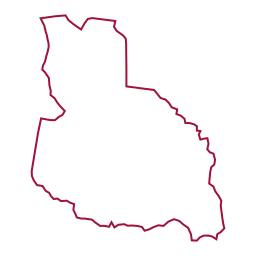 Meleiro, Santa Catarina, Brazil (Robinson projection)
{"feature_id": "56859067B77617457657504", "entity_name": "Meleiro", "entity_type": "district", "adm_level": 2, "iso_a3": "BRA", "parent_name": "Brazil", "parent_adm1": "Santa Catarina", "projection": "robinson", "projection_center": [-49.595, -28.833], "detail": "fine", "context": "isolated", "style": "outline", "palette": "rose", "viewbox_px": 256, "rotation_deg": 0, "n_neighbors": 0, "source": "geoboundaries", "source_scale": "gbopen_adm2", "svg_char_len": 1707}
<svg xmlns="http://www.w3.org/2000/svg" viewBox="0 0 256 256"><path d="M220.7,205.7L221.3,200.7L218.7,196.0L215.3,191.4L213.5,186.6L209.2,183.6L209.6,178.3L210.3,171.7L211.2,167.2L214.2,164.7L215.1,159.9L213.5,153.7L209.9,152.3L207.3,149.3L208.5,143.9L207.4,138.2L204.1,138.6L200.4,139.6L198.8,134.6L200.4,131.0L196.9,130.6L196.9,126.2L194.0,124.3L189.8,123.1L185.4,123.0L184.5,118.8L180.8,115.7L176.4,114.0L177.2,109.4L171.7,107.3L168.8,102.8L165.4,99.5L160.5,98.0L157.9,94.6L154.1,90.0L126.4,86.4L126.4,69.0L126.2,50.0L126.2,45.0L125.7,38.5L122.9,35.3L119.6,33.0L116.7,30.9L114.0,26.9L115.3,21.0L92.3,18.1L87.9,18.9L84.7,23.1L81.1,29.5L77.9,27.3L73.9,24.5L68.5,20.2L65.5,15.4L54.9,16.3L40.6,18.3L44.3,25.6L45.6,31.3L46.8,35.1L47.5,38.9L48.5,43.1L48.7,46.9L47.8,51.1L46.4,55.9L45.0,61.6L42.9,65.8L42.3,69.6L44.9,72.2L48.9,78.1L49.4,85.1L50.7,90.6L50.5,95.0L54.4,98.0L57.3,102.6L60.2,106.2L64.8,111.0L62.5,114.9L58.9,116.8L55.1,120.1L50.3,120.1L45.3,119.2L41.1,118.4L38.1,132.5L31.7,171.0L31.9,175.9L33.8,180.5L37.1,185.1L42.5,186.0L45.7,190.8L49.2,192.9L51.0,196.2L53.7,199.0L57.3,198.6L61.1,201.1L66.6,200.7L70.4,202.8L74.1,204.1L73.4,209.9L75.2,213.5L76.8,217.4L80.8,218.5L84.9,218.6L88.6,219.2L92.0,219.6L94.9,222.2L100.1,225.9L104.8,225.9L109.0,226.8L111.5,222.2L114.4,227.4L118.3,224.8L124.3,224.2L127.6,225.7L132.1,225.5L137.8,226.0L142.0,227.0L144.6,230.7L149.3,229.3L153.8,227.0L158.4,225.3L163.5,225.9L168.3,221.7L174.0,219.2L179.2,220.9L183.3,224.5L188.1,227.8L191.0,234.3L191.8,240.4L196.9,240.6L199.7,237.5L203.7,235.6L208.4,235.6L212.1,236.5L216.4,239.2L217.3,234.2L220.8,232.0L224.3,228.4L223.0,222.5L222.2,216.9L221.6,212.2L220.7,205.7Z" fill="none" stroke="#9f1239" stroke-width="2"/></svg>